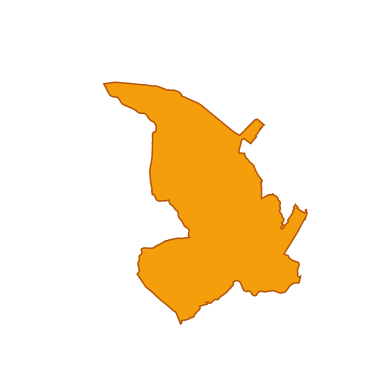 Santiago Tulantepec de Lugo Guerrero, Hidalgo, Mexico, rotated 47°
{"feature_id": "50627088B2039046908464", "entity_name": "Santiago Tulantepec de Lugo Guerrero", "entity_type": "district", "adm_level": 2, "iso_a3": "MEX", "parent_name": "Mexico", "parent_adm1": "Hidalgo", "projection": "albers", "projection_center": [-98.384, 20.035], "detail": "fine", "context": "isolated", "style": "filled", "palette": "amber", "viewbox_px": 384, "rotation_deg": 47, "n_neighbors": 0, "source": "geoboundaries", "source_scale": "gbopen_adm2", "svg_char_len": 6052}
<svg xmlns="http://www.w3.org/2000/svg" viewBox="0 0 384 384"><g transform="rotate(47 192 192)"><path d="M289.0,127.9L286.4,122.8L283.0,120.4L282.5,121.3L283.6,121.8L284.0,122.2L284.1,122.7L283.9,123.1L283.9,123.9L283.9,124.1L283.7,124.2L282.9,124.4L281.6,124.5L281.3,124.7L280.7,125.4L280.4,125.4L278.5,125.5L275.7,126.1L275.5,125.0L273.2,125.0L272.7,124.9L271.9,125.2L271.7,125.1L272.6,128.1L273.2,128.3L273.9,128.4L274.4,130.7L274.7,130.6L275.4,132.0L276.0,132.9L276.8,136.2L277.4,138.1L277.3,138.4L277.6,139.9L278.2,141.4L278.3,141.5L278.7,141.4L278.9,141.5L279.1,141.6L279.3,141.9L279.7,144.2L279.6,146.2L279.5,146.8L279.6,147.4L279.5,147.9L280.0,148.4L280.5,149.4L280.5,151.2L278.9,151.5L277.7,147.4L275.9,147.7L275.9,147.3L276.0,146.2L275.7,145.1L275.4,144.3L274.4,143.3L274.1,143.1L273.8,143.1L273.0,143.2L272.5,143.2L271.1,142.6L270.0,141.8L269.5,141.8L269.0,141.6L267.9,141.8L267.0,141.4L266.1,141.3L265.9,141.2L265.4,140.9L265.3,140.7L264.9,139.1L264.1,138.8L263.8,138.3L263.1,137.8L262.3,137.7L262.1,137.6L261.2,136.1L260.8,135.9L260.7,135.8L260.5,135.5L260.5,135.1L259.5,134.4L259.0,134.4L258.4,134.3L257.8,134.4L257.0,134.3L256.5,134.1L255.3,133.5L254.6,133.5L253.4,133.2L252.5,133.4L251.6,133.5L250.7,134.2L250.4,134.3L249.5,134.2L248.9,134.0L248.8,134.3L248.7,134.2L248.4,134.6L248.3,135.1L248.3,135.3L246.9,137.6L246.7,137.5L246.2,137.8L244.3,145.6L242.5,144.1L241.0,142.6L238.0,139.8L235.9,137.8L234.6,137.1L233.1,136.0L233.1,135.7L232.7,135.1L231.6,134.6L231.6,134.4L231.9,134.3L232.0,134.2L232.0,133.8L231.7,133.1L231.4,132.9L225.5,132.2L224.1,132.0L221.8,131.5L221.2,131.2L218.8,130.5L217.7,130.0L214.8,128.8L212.2,128.9L209.9,129.2L208.7,129.3L206.1,129.0L203.5,129.0L202.6,128.9L201.1,128.0L200.7,127.8L200.1,127.8L199.5,127.3L195.6,130.9L194.0,129.7L189.5,122.7L189.2,122.6L187.8,120.1L188.4,117.5L192.3,117.0L196.7,116.0L196.2,113.2L195.6,107.3L194.3,107.4L194.2,106.7L194.1,105.2L193.3,102.1L192.5,97.4L192.1,97.8L192.1,97.7L192.0,95.5L192.1,94.1L192.2,93.5L183.3,94.5L183.2,95.0L182.2,96.4L182.2,97.7L182.5,103.1L182.7,110.3L182.9,110.3L183.1,118.5L178.3,120.0L173.5,120.9L146.1,124.6L134.9,126.0L131.7,126.8L129.7,127.6L122.9,130.6L118.7,132.2L114.8,134.0L114.3,133.8L113.1,133.1L112.5,133.1L109.5,133.5L105.6,135.5L104.2,136.7L103.9,137.1L103.9,137.5L103.6,137.8L102.8,138.3L102.8,138.5L102.0,139.2L101.3,139.3L101.0,140.1L100.6,140.6L100.0,140.9L98.8,141.4L97.6,142.1L96.2,142.6L95.2,143.1L89.9,146.0L87.4,148.6L81.5,153.5L72.7,161.4L70.7,163.0L59.2,173.5L58.0,175.1L57.7,175.7L56.5,177.2L52.8,182.8L59.5,184.5L59.9,184.8L64.0,185.7L65.2,186.0L66.3,185.8L67.9,185.1L69.0,184.3L69.9,183.5L70.9,182.7L71.6,182.3L72.3,182.0L73.3,181.9L74.1,181.9L78.4,182.8L79.5,182.8L81.0,182.7L81.8,182.4L83.0,181.9L88.3,179.5L92.7,177.7L97.6,177.0L99.4,175.8L101.9,173.3L102.7,172.9L103.6,172.7L104.9,172.8L108.2,173.4L109.8,173.5L110.6,173.5L111.9,173.3L114.7,172.4L115.6,172.3L116.6,172.4L118.1,172.8L119.8,173.6L121.0,174.7L122.4,176.4L123.1,177.4L122.2,178.8L122.2,180.7L124.4,183.0L127.7,185.7L128.5,187.1L130.4,188.5L132.4,190.7L134.6,192.6L135.7,194.0L137.5,195.5L141.1,199.6L145.1,205.2L148.6,209.2L152.3,212.2L156.8,215.7L160.8,218.2L161.7,218.6L163.2,219.7L163.2,220.2L166.7,222.7L167.1,222.7L167.8,221.5L168.7,221.7L173.4,223.3L174.6,223.1L175.9,222.6L177.3,221.2L177.9,220.0L179.0,218.9L180.1,217.9L181.5,215.5L181.9,214.4L183.4,215.3L184.5,215.8L185.4,216.0L186.8,216.1L189.4,215.6L190.4,215.6L192.7,216.2L193.7,216.1L195.5,215.8L196.2,215.8L196.9,215.9L198.2,216.5L200.0,218.1L200.7,218.6L201.5,218.9L206.9,219.4L207.8,219.6L211.0,220.6L212.1,220.8L213.1,220.6L215.3,219.9L216.3,219.8L217.1,219.9L218.0,220.2L218.7,220.7L219.1,221.2L220.7,223.6L221.3,224.1L222.6,224.7L223.4,224.8L220.5,229.0L218.8,231.3L216.9,233.2L216.0,233.9L215.1,235.8L214.1,237.2L213.3,238.1L212.9,239.7L211.9,240.4L211.1,242.7L209.7,244.5L209.7,244.8L208.7,249.4L207.6,253.2L206.9,255.1L206.8,258.0L205.9,259.5L203.9,261.7L201.5,264.0L200.3,265.0L199.1,267.6L199.7,268.6L201.5,269.4L202.4,269.9L203.0,271.8L202.7,273.3L202.9,274.6L204.3,275.4L204.9,275.9L206.3,277.8L206.5,278.7L207.5,280.5L212.2,283.2L214.0,284.4L214.1,285.3L214.7,288.1L230.0,290.5L231.0,290.4L237.0,289.5L247.2,288.8L249.1,288.6L256.8,287.5L266.2,286.5L269.2,285.9L274.8,288.0L280.7,290.4L280.8,289.8L280.5,289.1L280.5,288.7L280.3,288.0L279.7,288.0L279.0,287.5L279.0,287.0L279.5,286.2L280.4,285.4L282.3,282.1L283.0,279.6L283.0,278.9L282.9,278.4L283.0,278.2L283.5,277.9L284.0,277.3L284.4,276.2L284.3,275.4L283.9,274.7L283.4,273.6L283.2,272.7L283.4,271.7L283.1,270.5L283.0,268.1L283.1,267.4L283.1,266.8L282.3,265.1L280.7,264.4L284.4,257.4L282.4,257.0L283.3,255.3L284.5,255.7L286.1,253.9L286.1,253.0L285.9,251.8L286.0,251.0L286.1,249.8L286.5,248.4L286.9,247.8L288.2,246.8L288.4,246.3L288.5,245.8L287.9,244.4L288.0,243.4L288.0,242.4L288.2,241.5L288.9,236.1L289.0,235.0L288.7,233.2L288.5,230.3L288.7,229.0L288.5,228.8L287.9,228.6L287.7,228.1L287.9,227.6L288.2,227.3L288.4,227.0L288.4,226.7L288.2,225.6L287.5,224.3L286.0,223.5L286.4,221.6L287.0,220.2L287.7,219.5L288.5,218.9L289.5,218.4L291.4,218.5L293.6,219.2L296.9,220.5L298.3,221.0L299.7,221.2L300.9,220.8L301.8,220.2L303.1,218.2L304.1,217.5L305.4,217.2L306.3,217.4L307.6,217.9L308.5,218.0L309.4,217.8L310.0,217.4L311.0,216.4L311.4,215.3L311.2,214.8L310.6,212.3L310.7,210.8L311.5,209.4L312.6,208.5L314.6,207.0L319.3,200.1L320.5,199.2L324.1,197.6L326.7,195.8L328.6,192.1L328.7,190.9L328.3,188.7L327.4,184.6L327.4,182.9L327.7,181.3L328.1,180.0L329.7,177.5L330.5,176.7L331.0,176.5L331.2,175.2L327.7,170.0L327.5,171.1L327.4,171.5L327.0,171.7L326.5,171.9L325.9,171.9L325.4,171.9L324.9,171.6L323.9,170.2L323.0,169.7L322.9,169.6L322.1,169.0L320.8,167.8L318.7,163.8L318.4,163.3L318.0,163.0L317.5,162.6L317.0,162.5L316.4,162.3L315.8,162.4L315.3,162.6L313.8,163.4L312.9,164.1L312.2,164.4L311.0,164.8L309.8,165.4L309.3,165.6L306.9,165.8L305.8,165.6L304.7,165.2L304.2,165.1L303.8,165.2L303.3,165.5L301.5,166.5L300.1,166.9L296.7,154.6L292.9,140.6L292.6,140.6L288.4,127.8L289.0,127.9Z" fill="#f59e0b" stroke="#b45309" stroke-width="1.5"/></g></svg>